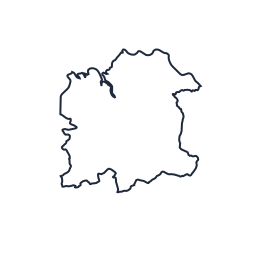 SVG path tracing the border of Sumatera Selatan, rotated 301°
{"feature_id": "IDN-1230", "entity_name": "Sumatera Selatan", "entity_type": "Province", "adm_level": 1, "iso_a3": "IDN", "parent_name": "Indonesia", "parent_adm1": "", "projection": "natural_earth1", "projection_center": [104.141, -3.318], "detail": "fine", "context": "isolated", "style": "outline", "palette": "slate", "viewbox_px": 256, "rotation_deg": 301, "n_neighbors": 0, "source": "natural_earth", "source_scale": "10m", "svg_char_len": 5764}
<svg xmlns="http://www.w3.org/2000/svg" viewBox="0 0 256 256"><g transform="rotate(301 128 128)"><path d="M147.2,51.3L147.4,52.6L147.4,53.1L147.3,53.7L145.4,57.4L145.2,58.4L145.3,59.8L145.7,61.0L146.4,60.2L147.0,57.7L147.4,57.1L148.6,57.3L149.5,58.2L150.3,59.3L151.0,59.8L151.6,60.3L151.3,61.7L150.7,63.1L149.5,64.8L149.6,65.1L150.3,65.0L150.9,64.7L151.8,63.3L152.3,62.7L152.6,63.7L152.7,65.7L153.6,66.3L153.9,66.4L154.2,65.8L154.7,65.6L155.5,64.7L157.3,64.0L159.0,64.6L160.5,66.0L161.5,68.0L161.9,70.2L161.6,72.1L160.9,73.8L159.6,76.1L156.6,80.2L156.1,80.7L155.4,80.8L153.6,80.9L153.0,81.2L152.5,81.8L150.3,83.6L153.2,82.2L154.6,82.1L155.5,84.0L155.5,86.1L155.4,87.3L154.8,88.9L154.8,91.2L154.6,92.0L154.2,92.4L153.4,92.8L151.4,93.5L150.2,94.5L148.8,95.9L147.9,97.3L147.4,99.0L147.4,100.9L147.2,101.6L147.8,100.9L148.5,99.9L149.0,98.8L149.4,97.0L150.0,96.3L151.5,95.3L154.4,93.7L155.6,92.8L156.3,91.3L157.1,88.1L157.2,87.1L157.1,85.0L157.2,84.2L157.8,83.3L159.1,81.8L159.8,80.9L160.4,78.8L161.1,78.1L161.9,78.0L162.7,78.3L163.0,79.3L163.1,81.6L163.8,82.3L163.9,81.2L164.3,80.4L165.1,80.1L166.0,80.0L166.9,80.2L168.0,81.5L168.7,81.9L170.4,81.6L170.9,81.9L171.7,82.6L172.6,82.4L175.3,81.0L176.2,80.8L177.1,80.8L178.1,81.0L179.7,82.0L180.7,82.2L182.7,82.3L186.3,83.0L188.2,83.1L189.2,83.3L189.9,83.6L189.9,84.0L189.3,84.0L189.8,84.6L190.4,84.3L191.5,83.3L192.3,83.3L192.9,83.6L193.3,84.3L193.4,85.6L193.1,86.7L192.4,88.7L192.2,89.8L192.3,90.9L192.7,93.0L193.5,94.7L194.2,95.6L195.0,96.3L196.2,96.7L197.0,97.1L198.5,97.2L199.0,97.3L199.4,97.6L200.1,99.2L199.9,105.9L200.7,107.7L202.0,109.2L203.6,110.2L205.4,110.5L207.1,110.2L207.6,110.3L208.3,110.7L209.3,111.1L209.8,111.8L210.6,113.2L210.9,114.9L210.9,118.8L211.1,120.8L211.9,122.3L212.0,122.8L211.7,125.0L211.3,125.5L208.5,127.1L207.1,128.5L205.7,130.3L204.5,132.3L203.7,134.5L201.1,145.2L201.3,147.1L202.4,148.6L205.9,151.5L206.6,153.0L206.7,154.7L205.9,156.7L203.2,161.2L202.8,162.8L202.6,164.5L201.6,167.8L201.4,168.7L199.8,167.7L198.8,167.9L198.1,168.3L196.5,168.3L196.1,167.9L195.8,166.8L195.5,166.4L195.1,166.1L194.2,166.1L194.0,165.8L193.8,164.5L193.5,164.0L192.9,163.8L192.2,163.9L192.0,163.7L192.0,163.3L192.4,162.0L192.2,161.1L191.2,158.9L190.7,158.4L189.8,157.0L188.7,156.5L188.6,156.2L188.5,155.4L188.3,154.7L187.9,154.3L186.6,153.7L185.3,153.4L184.9,153.0L184.1,151.6L183.6,151.2L183.1,151.0L182.7,151.1L181.8,151.4L181.3,151.2L181.1,150.7L180.6,149.6L180.3,149.0L180.0,149.0L179.8,149.2L179.4,150.0L179.3,151.3L178.7,152.0L178.6,153.5L177.9,155.5L176.9,156.6L176.4,156.7L175.8,156.8L175.2,156.5L174.8,156.5L174.5,156.7L173.4,157.9L172.7,158.1L172.4,158.5L172.2,158.9L172.1,160.7L171.2,162.4L171.3,162.9L171.6,163.3L171.6,163.6L171.4,164.0L170.2,164.8L169.8,165.2L169.4,165.7L169.0,167.1L168.7,167.6L168.0,168.2L167.2,169.2L165.7,170.1L163.6,170.5L162.0,171.2L160.1,171.7L153.2,175.4L150.1,176.3L148.0,176.3L147.0,176.6L144.4,177.9L143.4,178.6L141.6,180.7L137.9,182.4L137.4,183.7L137.2,185.0L137.8,189.9L137.9,191.5L137.2,192.6L136.2,193.6L136.0,195.0L136.0,195.3L136.9,196.3L136.9,197.5L137.2,198.4L138.8,200.2L139.1,200.8L139.0,201.9L138.4,203.3L137.6,204.1L137.4,204.3L136.5,204.5L135.2,204.2L133.7,204.3L131.4,206.2L128.3,206.9L124.4,206.7L121.9,206.3L120.3,206.3L119.6,206.0L119.2,205.7L118.8,204.3L119.0,203.4L118.9,202.4L118.1,201.8L117.5,201.5L115.1,200.0L114.8,199.1L113.6,198.2L113.3,197.8L113.2,196.4L111.9,191.4L111.6,191.0L111.0,189.3L109.8,187.6L109.4,186.8L109.1,185.5L108.9,181.3L108.7,180.5L108.3,180.0L107.4,179.5L104.9,179.4L103.7,178.9L101.8,177.5L99.5,177.3L98.1,176.7L96.2,175.4L94.3,174.9L92.4,173.9L91.4,173.9L90.9,172.8L90.7,168.9L90.4,167.9L89.3,164.9L89.0,163.3L88.5,162.7L87.6,162.0L87.3,161.9L86.4,162.1L83.0,162.3L82.3,162.8L80.4,161.1L80.0,160.9L79.3,160.6L77.8,161.1L77.1,161.2L74.7,160.2L73.4,159.2L72.4,157.4L71.9,156.7L70.4,155.6L69.9,155.0L68.9,153.5L67.9,152.7L67.6,152.0L69.9,151.3L70.6,150.9L75.6,145.6L76.6,144.8L77.4,144.4L78.8,143.2L78.8,142.5L78.2,141.2L78.1,140.7L78.2,140.4L78.6,140.4L80.2,141.0L81.8,140.8L82.8,140.9L83.4,140.0L83.8,136.1L83.8,134.8L83.6,133.6L83.3,132.7L83.0,132.4L82.0,131.8L80.9,131.6L80.1,131.3L77.6,130.8L77.1,130.6L74.7,128.9L74.4,128.2L73.9,126.7L73.7,126.3L73.3,126.1L72.5,126.4L71.6,127.0L69.8,128.6L68.5,130.1L67.7,130.7L66.8,130.4L65.6,129.6L64.8,129.3L64.3,128.9L63.1,127.4L61.8,125.6L60.8,125.0L60.5,124.7L60.4,124.4L60.6,123.9L61.2,122.9L61.3,121.3L61.7,119.9L61.6,119.5L61.4,119.0L59.3,116.9L56.7,115.8L55.9,115.8L54.9,116.7L54.5,116.7L53.9,116.5L53.0,115.9L51.8,115.8L51.3,115.4L50.0,113.7L49.9,113.1L50.2,113.0L51.0,112.9L51.3,112.7L50.9,110.9L50.6,110.4L49.8,109.8L47.9,107.8L47.4,107.1L46.4,104.8L46.0,104.4L44.9,103.4L44.0,102.1L45.7,100.1L46.1,99.8L48.0,99.3L48.7,98.9L51.0,97.3L52.1,95.1L53.7,96.5L55.9,97.1L57.9,98.5L60.0,99.4L61.6,99.5L62.8,99.1L65.4,98.9L66.2,98.5L66.6,98.0L67.1,96.7L67.8,96.0L69.8,94.8L70.5,94.2L71.3,93.3L71.5,93.3L71.9,93.7L73.1,93.1L73.8,92.4L74.4,91.7L77.4,86.5L77.5,85.9L77.4,85.4L76.7,84.6L76.4,84.1L76.4,83.4L76.5,82.6L76.9,81.8L77.3,81.3L77.8,81.2L78.6,81.3L79.8,81.8L81.1,82.0L82.5,82.6L83.7,82.6L84.9,82.0L87.2,83.1L88.2,83.4L89.1,83.3L90.9,82.5L91.4,82.1L91.6,81.7L91.6,80.3L91.3,79.6L90.2,78.0L90.2,77.3L90.5,76.2L91.2,75.1L92.1,73.2L92.8,72.8L93.4,73.1L94.5,74.3L95.2,76.0L95.5,77.2L95.8,77.9L100.6,83.2L101.4,83.7L102.2,83.6L102.4,83.0L102.3,82.1L102.5,81.2L102.4,79.8L101.9,77.6L101.9,76.7L102.1,76.1L102.3,75.7L102.8,75.5L104.3,75.3L105.0,75.0L105.6,74.7L106.2,74.0L106.2,73.7L105.3,72.6L104.9,71.5L104.7,70.0L105.2,64.0L104.9,63.1L105.5,62.6L120.2,54.2L121.5,53.9L123.2,54.0L130.2,55.9L132.2,56.2L134.8,55.8L138.4,54.7L139.6,53.6L140.7,50.3L140.9,49.8L141.6,49.1L142.2,49.1L142.9,49.3L145.7,51.4L146.5,51.6L147.2,51.3Z" fill="none" stroke="#1e293b" stroke-width="2"/></g></svg>